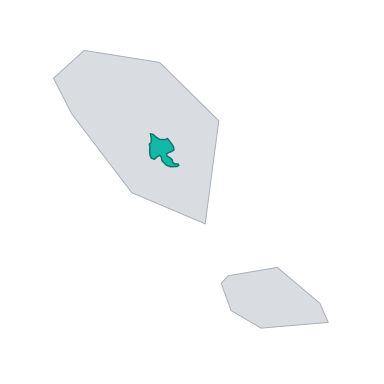 Mosta highlighted on a map of Malta, rotated 188°
{"feature_id": "MLT-5927", "entity_name": "Mosta", "entity_type": "state/province", "adm_level": 1, "iso_a3": "MLT", "parent_name": "Malta", "parent_adm1": "", "projection": "mercator", "projection_center": [14.416, 35.91], "detail": "fine", "context": "in_parent", "style": "filled", "palette": "teal", "viewbox_px": 384, "rotation_deg": 188, "n_neighbors": 0, "source": "natural_earth", "source_scale": "10m", "svg_char_len": 875}
<svg xmlns="http://www.w3.org/2000/svg" viewBox="0 0 384 384"><g transform="rotate(188 192 192)"><path d="M345.0,285.4L318.5,317.2L242.1,315.8L175.4,266.3L174.5,162.3L251.5,182.9L321.9,252.6L345.0,285.4ZM144.6,114.1L97.1,129.2L50.0,99.7L39.0,81.9L104.7,66.8L136.8,80.0L150.4,105.6L144.6,114.1Z" fill="#d9dde1" stroke="#a8b0b8" stroke-width="1"/><path d="M216.5,234.0L215.8,231.1L217.7,229.4L220.8,227.6L222.4,226.2L221.7,224.1L218.9,223.0L216.1,221.2L215.1,218.3L212.8,217.5L209.7,217.8L208.8,216.6L210.4,215.2L216.8,214.0L221.0,214.9L224.0,217.2L226.2,218.9L227.1,222.1L229.2,223.9L231.3,222.1L233.7,219.2L236.9,219.8L238.6,222.4L239.3,225.0L239.8,227.9L240.0,230.8L240.9,233.4L239.5,235.2L239.5,238.3L241.2,243.8L238.4,243.6L235.5,241.5L231.1,239.5L226.2,240.1L223.6,241.5L221.0,238.9L218.9,236.9L216.5,234.0Z" fill="#14b8a6" stroke="#0f766e" stroke-width="1.5"/></g></svg>